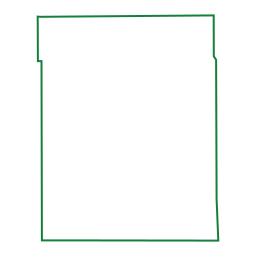 the district of Aurora, South Dakota, United States of America
{"feature_id": "52423323B17598192587787", "entity_name": "Aurora", "entity_type": "district", "adm_level": 2, "iso_a3": "USA", "parent_name": "United States of America", "parent_adm1": "South Dakota", "projection": "orthographic", "projection_center": [-98.556, 43.718], "detail": "fine", "context": "isolated", "style": "outline", "palette": "green", "viewbox_px": 256, "rotation_deg": 0, "n_neighbors": 0, "source": "geoboundaries", "source_scale": "gbopen_adm2", "svg_char_len": 257}
<svg xmlns="http://www.w3.org/2000/svg" viewBox="0 0 256 256"><path d="M216.1,59.8L213.8,56.3L213.7,15.4L40.2,16.8L37.7,16.6L37.9,61.1L41.5,61.1L41.9,240.4L75.0,240.4L218.3,240.6L216.6,199.2L216.1,59.8Z" fill="none" stroke="#15803d" stroke-width="2"/></svg>